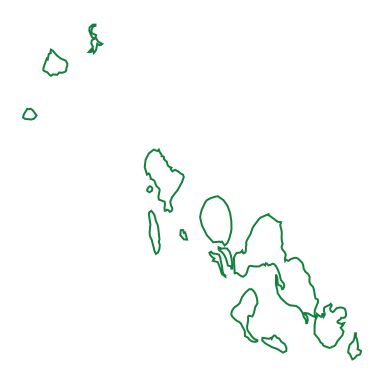 Western, Equal Earth projection
{"feature_id": "SLB-3507", "entity_name": "Western", "entity_type": "Province", "adm_level": 1, "iso_a3": "SLB", "parent_name": "Solomon Islands", "parent_adm1": "", "projection": "equal_earth", "projection_center": [157.155, -7.826], "detail": "fine", "context": "isolated", "style": "outline", "palette": "green", "viewbox_px": 384, "rotation_deg": 0, "n_neighbors": 0, "source": "natural_earth", "source_scale": "10m", "svg_char_len": 5992}
<svg xmlns="http://www.w3.org/2000/svg" viewBox="0 0 384 384"><path d="M304.6,314.0L306.3,315.4L307.4,317.4L307.8,320.1L307.1,323.1L306.2,323.1L306.0,320.4L305.1,318.7L303.7,316.9L303.2,314.5L302.2,312.2L299.5,308.3L296.2,306.0L289.5,305.2L286.4,303.3L281.0,298.3L277.6,293.1L277.4,290.7L276.0,284.6L276.0,274.5L276.9,276.4L277.4,278.3L277.6,282.9L278.2,284.9L281.1,286.0L282.2,289.2L283.0,288.9L283.9,287.3L284.3,285.2L283.7,283.5L280.8,279.8L279.6,274.4L278.2,270.5L276.3,266.6L274.2,264.2L272.6,263.7L270.3,264.9L268.4,265.4L266.7,263.5L265.8,263.3L265.1,265.4L263.7,264.3L262.7,264.3L259.1,266.4L255.0,266.5L250.4,265.9L249.0,266.4L247.9,268.8L247.1,271.9L245.8,274.8L243.1,276.7L241.0,276.1L236.8,272.8L234.7,273.3L233.9,258.0L234.2,256.9L236.0,253.6L236.8,252.9L239.9,252.6L241.1,252.0L242.3,250.5L242.9,252.7L243.7,253.3L244.7,252.9L245.6,251.7L245.9,250.1L245.9,246.6L246.5,244.9L246.1,242.9L246.7,240.7L250.6,233.9L252.5,228.3L253.7,226.1L258.9,219.2L260.8,217.5L268.4,214.2L268.5,215.2L269.2,215.4L277.8,221.8L281.1,222.2L280.2,225.1L281.8,231.9L281.6,238.2L281.9,241.2L282.7,243.7L281.6,246.8L282.0,248.9L284.8,252.3L285.8,254.9L284.9,258.8L285.2,260.8L286.1,259.6L287.6,260.6L288.6,260.8L290.8,259.1L294.3,257.9L296.3,257.9L298.3,258.8L302.3,262.8L303.2,265.2L303.7,268.7L305.2,271.5L308.4,274.3L309.6,276.7L309.4,280.9L309.6,282.4L310.3,283.9L313.0,286.9L314.0,289.7L314.8,295.4L315.5,298.3L316.0,298.8L317.6,299.3L318.1,300.5L318.0,302.2L314.9,309.9L314.6,313.3L315.5,317.4L307.9,313.4L304.6,313.0L304.6,314.0ZM182.9,174.6L183.8,177.0L181.9,182.3L177.4,190.5L175.1,193.1L172.1,197.2L170.2,201.9L171.1,205.8L172.2,207.8L172.3,209.6L171.4,211.0L169.8,211.9L168.4,210.2L167.0,209.7L165.6,210.8L164.8,210.8L164.5,207.5L165.0,204.2L164.7,201.7L158.9,199.6L158.4,196.8L159.7,190.0L159.2,188.6L156.3,185.9L154.7,181.4L153.8,180.2L151.7,179.1L150.7,178.9L150.7,177.8L149.4,174.0L148.7,173.4L147.0,174.6L144.7,167.1L145.6,159.7L148.9,153.4L153.8,149.6L156.6,150.8L157.6,151.0L158.8,149.6L159.8,152.2L161.3,154.1L161.6,155.0L161.6,156.2L163.5,156.5L163.9,157.0L163.9,159.2L166.8,161.7L167.8,165.6L169.0,166.6L171.5,167.7L170.6,168.9L172.3,171.3L175.1,169.9L177.8,171.2L180.5,173.4L182.9,174.6ZM219.5,241.6L213.3,242.3L206.9,235.3L202.0,225.5L200.1,217.5L200.7,213.5L201.8,209.7L205.2,202.4L206.8,200.2L210.6,198.2L214.8,196.8L217.8,196.2L223.5,200.2L227.6,206.0L230.1,213.1L231.3,221.0L231.5,228.9L231.1,231.7L229.3,238.6L227.2,243.3L224.6,245.5L222.0,241.6L220.4,242.2L219.5,241.6ZM336.5,308.3L339.0,307.5L342.1,307.6L344.7,308.7L345.7,311.2L346.1,314.7L345.9,315.9L344.9,317.4L343.8,317.8L341.2,317.8L340.7,319.1L337.8,321.0L337.4,322.0L338.2,323.0L340.6,323.5L341.5,324.3L342.8,323.4L344.1,323.1L342.5,325.9L340.7,327.7L343.5,331.4L342.4,335.3L337.4,341.2L335.3,345.2L334.2,346.1L332.0,346.8L331.1,347.5L329.3,347.9L324.2,346.0L323.1,345.2L322.8,344.1L322.0,343.4L320.6,342.4L318.8,339.0L314.6,333.9L314.6,325.4L315.5,319.6L317.2,316.3L317.1,314.0L320.5,316.7L321.8,316.8L322.3,314.0L323.1,314.1L323.5,314.6L323.9,316.4L324.9,314.2L323.9,310.9L324.0,308.3L324.7,307.2L329.9,304.7L330.7,303.8L331.6,305.0L331.6,306.1L330.5,307.1L330.1,308.4L330.3,309.8L331.1,311.2L332.7,312.1L334.0,311.2L336.5,308.3ZM252.0,316.5L249.0,315.7L248.1,316.4L248.1,320.9L247.2,325.6L247.1,328.3L247.7,330.5L252.2,336.9L254.7,339.2L257.4,340.2L257.4,341.2L255.5,341.8L253.2,341.7L251.0,340.9L249.4,339.6L248.0,337.7L245.0,336.1L244.8,331.1L240.7,323.3L239.3,322.0L237.3,321.1L234.7,319.1L232.3,316.6L231.3,314.5L231.6,312.2L232.4,310.1L233.5,308.5L234.6,307.2L237.9,304.9L239.8,303.1L242.1,296.9L245.6,292.4L249.3,289.2L251.6,289.2L253.8,291.2L255.7,294.4L257.0,298.5L257.5,303.3L255.2,307.2L254.0,312.7L252.8,315.7L252.0,316.5ZM61.0,58.7L65.6,60.5L67.3,63.3L67.3,65.5L66.5,67.8L66.1,70.7L65.2,71.7L63.1,72.5L60.8,72.8L59.3,72.4L57.3,74.8L53.1,74.4L50.9,75.9L49.8,75.1L47.5,72.4L44.0,70.9L43.3,70.1L43.5,67.8L46.7,58.7L47.7,59.5L48.8,54.0L50.9,53.0L50.5,51.7L50.9,49.6L52.4,50.4L56.8,55.4L61.0,58.7ZM158.2,227.6L159.5,239.5L158.8,241.6L159.8,245.1L159.4,249.2L158.0,252.5L155.9,253.9L154.8,251.9L151.7,239.8L149.9,236.1L149.6,232.4L150.4,224.4L149.1,216.0L149.1,212.5L151.3,210.8L153.1,213.0L154.6,215.4L155.9,221.0L157.6,224.8L158.2,227.6ZM281.3,341.7L284.7,344.0L286.4,347.5L286.3,351.0L283.0,352.6L277.6,349.1L271.7,347.0L265.2,343.3L262.2,340.4L262.5,337.8L269.1,338.8L270.9,337.8L271.7,339.0L272.7,336.9L274.1,335.4L275.3,335.7L277.1,337.8L279.2,338.5L281.3,341.7ZM357.5,349.1L361.0,350.9L360.4,353.7L359.7,354.6L356.9,355.5L354.4,358.4L352.4,359.4L350.1,354.5L349.5,353.6L348.3,352.7L348.3,350.6L349.2,346.4L349.7,344.9L353.3,341.2L354.5,337.8L355.0,333.3L355.9,333.3L355.9,336.8L356.9,339.2L357.7,343.0L358.0,346.8L357.5,349.1ZM98.1,41.7L102.3,43.9L101.1,44.9L99.8,45.1L98.4,44.7L97.2,43.9L96.3,49.0L95.4,51.2L93.8,53.0L93.0,49.6L92.1,51.0L91.2,51.8L90.0,52.1L88.8,52.0L92.5,47.9L92.9,46.6L91.6,44.3L91.3,42.8L91.8,40.5L92.3,39.8L94.2,39.0L93.6,38.0L92.1,37.2L90.5,34.0L89.3,30.7L89.6,27.4L92.9,24.6L95.5,24.6L95.5,25.8L93.8,26.3L92.5,27.6L91.7,29.6L91.3,32.0L92.4,33.4L96.1,35.1L95.5,37.2L98.1,41.7ZM232.1,268.7L231.3,268.7L231.1,266.4L230.1,265.9L229.0,266.0L227.9,265.4L226.3,259.6L225.1,256.6L223.7,254.2L221.9,252.1L219.5,250.5L220.4,249.5L219.1,249.3L218.5,248.9L218.6,247.2L221.6,248.6L224.5,248.3L227.2,248.6L229.6,251.7L230.8,255.1L231.7,259.5L232.2,264.2L232.1,268.7ZM30.7,108.8L32.7,110.2L36.6,115.6L34.0,118.7L31.4,119.5L25.2,118.9L23.0,117.5L23.8,114.5L27.3,108.8L28.1,109.2L30.7,108.8ZM222.0,266.4L222.7,271.9L223.6,274.3L225.4,275.5L225.4,276.7L221.8,273.9L220.0,267.8L217.7,262.1L212.8,260.8L214.4,258.5L212.4,257.3L210.3,255.1L209.4,252.8L211.1,251.7L212.7,253.5L215.9,253.8L219.0,254.6L220.4,258.0L220.6,260.1L222.0,266.4ZM183.3,230.1L183.8,232.8L185.1,232.4L187.1,239.6L183.9,239.4L180.3,235.2L180.8,230.1L183.3,230.1ZM150.7,186.4L152.4,188.2L151.9,190.7L149.4,192.3L147.2,190.8L147.3,189.3L148.3,187.7L149.6,186.3L150.7,186.4Z" fill="none" stroke="#15803d" stroke-width="2"/></svg>